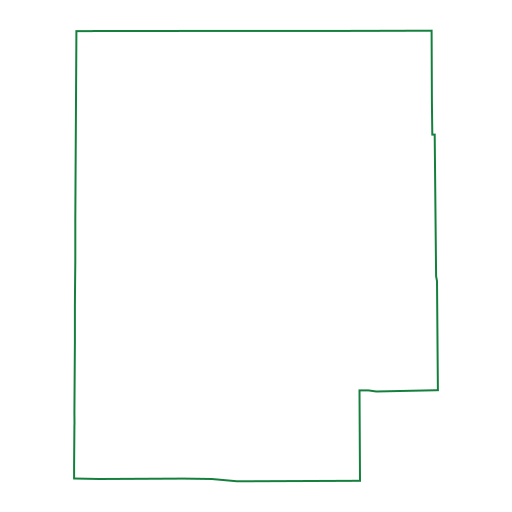 Catron, New Mexico, United States of America (orthographic projection)
{"feature_id": "52423323B25114965344080", "entity_name": "Catron", "entity_type": "district", "adm_level": 2, "iso_a3": "USA", "parent_name": "United States of America", "parent_adm1": "New Mexico", "projection": "orthographic", "projection_center": [-108.593, 33.89], "detail": "fine", "context": "isolated", "style": "outline", "palette": "green", "viewbox_px": 512, "rotation_deg": 0, "n_neighbors": 0, "source": "geoboundaries", "source_scale": "gbopen_adm2", "svg_char_len": 510}
<svg xmlns="http://www.w3.org/2000/svg" viewBox="0 0 512 512"><path d="M75.0,292.6L74.9,305.1L74.9,342.6L74.4,412.9L74.5,424.2L74.4,425.0L74.4,426.1L74.4,427.3L74.1,465.0L74.1,478.4L74.1,478.5L98.9,479.0L183.6,478.6L211.8,479.0L237.3,481.3L360.0,480.8L359.5,390.4L368.4,390.4L376.3,391.5L437.9,390.2L437.0,281.0L436.1,276.4L434.7,134.6L432.3,134.6L431.9,101.7L431.6,30.7L354.7,30.9L93.2,31.0L92.4,31.1L76.4,31.1L76.3,49.6L75.3,220.2L75.3,261.0L75.0,292.6Z" fill="none" stroke="#15803d" stroke-width="2"/></svg>